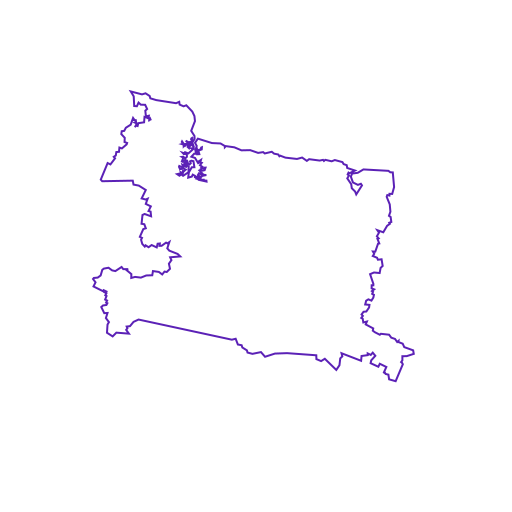 Waikato District, Waikato, New Zealand, rotated 116°
{"feature_id": "76426892B94157809900768", "entity_name": "Waikato District", "entity_type": "district", "adm_level": 2, "iso_a3": "NZL", "parent_name": "New Zealand", "parent_adm1": "Waikato", "projection": "robinson", "projection_center": [174.92, -37.516], "detail": "fine", "context": "isolated", "style": "outline", "palette": "violet", "viewbox_px": 512, "rotation_deg": 116, "n_neighbors": 0, "source": "geoboundaries", "source_scale": "gbopen_adm2", "svg_char_len": 6118}
<svg xmlns="http://www.w3.org/2000/svg" viewBox="0 0 512 512"><g transform="rotate(116 256 256)"><path d="M323.2,133.9L317.6,133.1L311.1,135.4L308.4,134.4L305.9,136.5L304.1,115.6L299.6,117.3L296.1,112.1L294.6,112.9L294.6,109.5L291.7,108.7L293.4,105.0L299.3,106.7L302.1,106.0L301.9,97.5L298.6,97.5L298.6,90.2L305.4,90.0L304.1,89.4L305.2,87.8L304.6,85.0L308.5,82.3L307.3,75.6L288.9,76.6L287.4,78.7L288.6,79.2L285.6,78.7L281.9,80.5L279.9,76.6L274.8,71.3L271.9,73.4L272.9,82.8L270.5,85.7L270.9,90.3L269.8,90.7L271.4,91.4L269.6,94.7L270.1,98.6L268.4,101.9L271.2,109.7L272.5,110.2L272.4,115.7L271.9,118.3L269.7,118.9L269.4,127.4L266.3,127.6L268.7,130.4L265.6,132.6L265.5,134.2L263.0,133.7L262.3,135.5L259.0,134.9L257.5,132.5L252.7,131.8L250.2,132.6L251.7,136.6L247.9,137.4L245.7,136.0L245.5,132.7L242.0,132.3L239.2,133.0L239.1,135.0L236.9,135.1L236.7,136.4L234.2,135.2L234.4,137.9L231.6,139.2L230.9,137.7L229.7,138.2L222.3,145.5L219.1,142.7L217.1,137.4L212.1,138.8L209.4,137.8L203.9,141.7L205.9,144.8L204.5,146.4L204.8,151.0L202.2,150.7L200.7,152.9L199.8,150.7L191.5,151.7L190.7,150.7L187.3,154.4L186.4,153.5L185.3,156.0L181.1,155.7L179.6,158.3L178.9,152.0L171.4,151.4L168.4,149.8L167.7,150.8L166.1,149.3L161.9,152.1L161.6,154.1L157.3,154.6L151.0,158.4L145.5,164.5L143.7,164.7L143.2,162.6L141.6,163.3L140.5,160.8L133.5,162.1L120.9,169.7L121.9,172.0L121.4,174.3L131.1,197.4L136.6,201.0L139.8,205.8L143.1,205.5L147.4,201.1L147.4,195.6L145.1,193.4L146.1,191.7L156.7,192.9L154.6,195.2L153.1,199.6L149.7,201.9L146.2,208.0L143.0,207.7L142.5,209.4L140.5,209.4L140.7,208.3L135.8,204.5L136.9,212.6L134.6,214.3L135.0,217.5L133.7,219.5L135.2,227.2L137.7,229.5L139.2,235.9L140.8,236.6L140.2,237.9L142.3,240.6L145.7,250.7L148.2,252.0L147.3,257.7L150.8,261.7L154.7,272.7L155.2,278.2L156.1,278.7L155.0,280.5L156.1,284.6L155.4,287.5L160.0,293.1L159.5,295.1L162.4,299.3L163.4,307.6L167.4,315.4L167.8,323.1L170.6,331.7L171.6,331.6L171.9,331.7L170.8,332.3L170.4,337.2L173.8,345.1L176.0,359.7L181.0,360.4L183.1,357.5L185.9,357.0L185.3,356.3L186.8,355.0L184.2,352.4L182.6,352.8L182.0,352.3L184.0,351.5L186.6,354.0L189.3,351.6L190.2,353.2L188.7,353.5L187.6,356.8L190.4,354.6L191.1,356.4L195.1,357.6L194.6,353.8L197.9,348.7L196.5,347.8L195.5,349.6L195.9,347.7L194.9,348.2L193.8,347.6L196.5,347.1L196.1,345.6L199.0,346.1L199.3,343.5L200.7,343.9L200.1,340.9L199.2,341.1L198.7,340.1L201.4,339.8L202.7,341.4L202.4,343.3L203.9,344.4L206.0,338.8L205.0,336.1L207.0,338.7L206.6,343.5L208.6,343.7L209.1,341.7L211.0,342.7L208.6,339.8L210.4,340.5L211.3,338.8L210.9,336.5L209.7,336.9L210.9,335.9L210.0,333.6L210.8,333.1L212.5,340.2L211.0,339.8L210.5,341.8L211.1,340.7L212.2,341.3L212.6,343.6L210.3,343.3L211.8,345.5L210.7,346.0L210.6,348.5L212.8,348.5L215.3,351.3L210.3,353.0L204.4,352.6L203.2,350.3L198.2,353.8L198.7,355.9L199.9,356.8L201.2,355.3L202.7,355.8L203.1,359.6L204.9,358.4L204.9,355.8L210.3,353.4L215.9,356.7L215.4,358.9L217.4,360.0L217.0,362.8L214.5,359.7L213.8,360.3L214.2,358.0L212.0,358.2L211.9,359.7L211.3,357.9L209.2,357.0L209.1,359.1L211.2,362.4L209.6,364.3L208.7,364.4L208.5,360.4L207.1,359.9L207.0,361.4L206.3,362.1L206.6,357.0L205.3,360.5L203.7,361.3L203.9,360.0L201.9,360.7L201.6,358.7L200.5,359.8L200.9,362.0L203.5,363.3L203.5,364.1L199.5,364.4L199.4,366.0L198.6,364.9L199.4,362.4L197.1,361.6L194.6,362.9L196.0,365.7L195.4,367.2L195.2,365.7L193.8,365.3L193.5,361.8L187.4,359.3L187.5,361.0L186.5,359.6L185.0,360.3L184.1,363.7L184.7,364.9L185.4,363.6L188.5,363.4L187.9,365.3L185.8,365.6L186.4,367.5L188.1,368.1L187.5,368.9L188.9,369.2L187.6,369.9L187.9,371.7L186.9,370.6L186.0,372.7L185.4,372.7L187.1,369.8L184.3,365.7L183.2,369.7L183.3,366.3L182.4,365.3L183.6,365.3L182.6,363.4L179.8,364.0L179.7,365.0L179.4,365.4L179.2,365.4L179.0,365.2L178.4,365.2L178.1,365.1L178.1,365.3L177.9,365.2L178.1,365.0L179.5,365.2L179.6,363.6L183.2,363.1L183.7,361.2L181.9,363.0L177.7,362.5L175.1,363.9L171.9,369.1L161.5,370.0L157.2,372.7L154.1,376.6L151.1,384.7L153.2,386.7L153.4,391.0L151.1,392.6L153.7,394.8L159.6,414.0L160.6,420.1L158.8,421.7L158.2,426.6L160.7,429.3L163.0,440.7L166.1,435.9L174.6,431.2L173.6,428.7L169.6,428.8L170.5,425.9L168.7,421.9L171.6,418.3L173.9,419.2L177.6,416.9L178.4,415.5L177.4,414.4L178.6,413.9L177.7,413.5L178.9,413.1L178.9,412.1L179.7,411.5L178.9,411.4L180.2,409.9L179.2,411.2L180.3,411.7L179.2,412.1L179.8,417.2L184.9,415.2L188.2,420.0L191.1,419.4L191.4,421.2L193.4,421.3L189.2,421.2L189.2,423.5L188.1,422.6L186.6,423.6L187.7,426.1L186.8,425.2L185.8,427.0L192.9,426.2L197.8,429.2L201.3,429.3L202.7,431.4L205.5,430.5L207.3,425.8L211.2,424.1L210.9,421.4L212.4,421.2L218.1,423.7L218.4,426.3L222.4,424.8L223.8,427.1L227.1,426.1L229.2,427.3L230.0,425.5L237.5,427.0L237.5,430.1L255.4,429.0L256.2,427.0L242.3,399.8L245.5,397.4L244.1,392.2L245.0,384.0L254.4,384.0L253.6,379.9L252.0,378.5L257.5,377.9L257.5,372.3L262.7,372.3L262.3,370.2L266.3,367.7L267.1,374.6L268.9,376.0L277.2,373.0L276.4,370.3L279.4,367.2L281.2,369.1L289.7,368.8L289.7,366.4L291.8,366.4L295.0,363.5L296.3,360.1L294.8,359.9L295.2,356.4L291.9,354.6L291.8,349.0L288.1,349.8L286.9,347.9L289.2,347.2L288.2,345.3L283.4,342.7L283.5,341.1L281.5,340.0L288.0,339.1L289.2,336.3L288.5,327.3L289.6,323.9L294.8,332.6L296.8,330.2L301.1,330.9L305.2,327.7L309.5,329.2L310.1,331.4L313.7,332.2L312.9,336.3L314.7,342.0L318.8,340.8L321.6,346.1L325.9,350.0L327.8,355.5L330.4,358.5L326.9,360.1L325.3,366.7L323.8,365.1L326.0,369.5L324.8,372.0L331.2,375.8L332.0,379.0L331.2,383.4L334.0,387.2L335.8,388.1L341.6,387.1L344.8,388.8L346.8,392.1L348.1,392.4L350.0,388.7L354.6,388.7L354.7,377.9L353.5,377.9L353.5,375.1L355.0,375.8L355.0,374.1L357.4,374.2L357.5,372.8L361.3,372.5L361.3,370.3L363.6,370.3L363.6,368.9L365.6,369.0L367.5,371.8L369.7,372.7L373.9,367.3L372.3,364.5L377.6,363.7L379.9,359.2L382.7,359.4L390.3,356.3L391.1,349.6L386.1,347.9L381.5,336.2L379.3,340.3L377.3,339.9L376.1,341.3L374.3,338.5L368.9,337.2L364.6,333.7L341.8,241.0L339.3,238.0L343.5,233.5L342.5,229.8L344.2,228.2L344.8,222.8L346.5,221.3L345.5,216.3L340.2,209.4L342.6,203.7L335.4,196.2L329.7,185.5L318.8,158.3L322.2,156.5L321.9,151.4L318.2,149.1L323.2,133.9Z" fill="none" stroke="#5b21b6" stroke-width="2"/></g></svg>